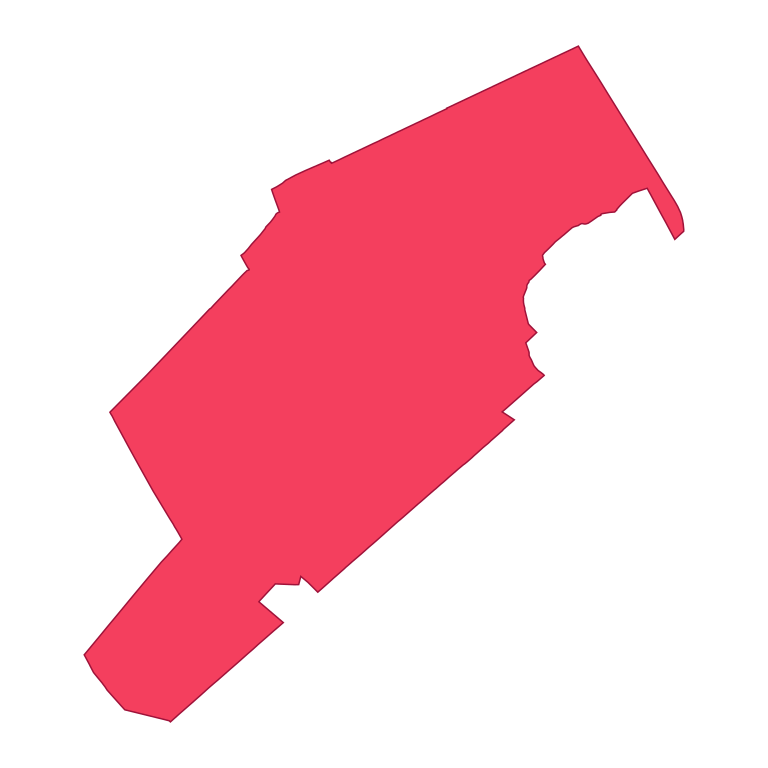 the district of Stalpu, Buzau, Romania
{"feature_id": "2599482B31548531217148", "entity_name": "Stalpu", "entity_type": "district", "adm_level": 2, "iso_a3": "ROU", "parent_name": "Romania", "parent_adm1": "Buzau", "projection": "robinson", "projection_center": [26.725, 45.071], "detail": "fine", "context": "isolated", "style": "filled", "palette": "rose", "viewbox_px": 768, "rotation_deg": 0, "n_neighbors": 0, "source": "geoboundaries", "source_scale": "gbopen_adm2", "svg_char_len": 4807}
<svg xmlns="http://www.w3.org/2000/svg" viewBox="0 0 768 768"><path d="M170.4,721.9L176.9,716.1L179.0,714.2L184.6,709.3L194.1,701.0L196.9,698.5L201.0,694.9L208.8,687.8L213.9,683.4L218.6,679.4L229.4,669.9L237.0,663.3L248.0,653.5L253.0,649.2L257.9,644.7L264.8,638.7L273.8,630.8L278.6,626.7L283.3,622.6L258.9,601.8L260.0,600.4L275.3,583.9L295.0,584.7L298.7,584.6L300.8,576.4L307.9,582.3L317.8,592.2L318.6,591.5L328.2,583.0L333.6,578.1L336.4,575.7L338.9,573.5L341.5,571.2L343.8,569.2L346.1,567.0L347.9,565.5L352.2,561.7L355.7,558.7L361.1,554.1L368.7,547.3L374.2,542.6L377.4,539.8L397.8,521.6L401.1,518.9L417.8,504.2L421.6,501.0L426.8,496.4L430.6,493.1L432.5,491.5L434.3,489.9L435.8,488.7L437.0,487.6L438.7,486.1L441.2,483.9L443.4,482.1L447.0,478.9L448.3,477.7L449.9,476.3L452.7,473.9L455.6,471.4L458.3,469.0L460.6,467.1L461.9,466.0L463.7,464.5L464.4,464.1L467.0,462.0L471.8,457.8L474.1,455.6L477.3,452.8L479.7,450.6L483.0,447.6L484.2,446.6L485.4,445.6L487.0,444.3L488.1,443.4L489.5,442.1L490.7,440.9L494.6,437.5L500.7,432.1L501.7,431.3L502.9,430.1L503.2,429.6L514.3,419.8L502.2,411.9L507.1,407.6L510.3,404.8L513.8,401.7L518.0,398.0L521.3,395.1L533.7,384.1L537.4,381.3L544.2,375.4L543.6,374.6L541.1,372.6L538.4,370.7L537.7,370.1L535.3,367.4L534.4,366.3L533.9,365.6L532.9,363.4L531.4,359.9L530.2,357.8L529.6,356.7L529.3,355.8L529.1,355.3L529.1,353.8L529.1,352.8L528.9,351.7L526.7,345.4L526.3,344.2L525.8,342.8L536.7,332.5L529.2,324.9L528.3,323.7L524.8,309.7L524.8,308.2L523.9,304.8L523.5,302.4L523.4,299.9L523.5,298.1L523.2,297.2L523.7,295.6L524.6,293.4L525.7,290.6L526.2,289.5L526.5,288.6L526.8,287.8L526.8,287.2L526.8,286.4L526.8,285.9L526.9,285.4L527.2,284.7L527.4,284.2L527.6,283.8L528.1,283.2L528.8,282.2L529.0,281.4L529.2,280.4L530.8,279.3L534.9,275.3L539.6,270.5L545.4,264.3L544.4,263.0L543.6,260.7L542.9,258.3L542.9,257.2L542.5,255.9L542.7,255.0L544.5,252.6L548.2,249.1L553.3,244.0L555.0,242.1L556.4,240.9L559.8,238.2L562.6,235.8L563.9,234.8L568.4,230.9L569.4,230.0L571.3,228.4L571.8,227.9L573.1,227.2L573.6,226.9L575.0,226.5L575.9,226.2L578.4,225.5L579.7,224.5L580.8,223.9L581.7,223.6L582.2,223.6L583.1,223.7L584.1,224.0L585.4,224.0L586.4,223.8L588.2,223.2L591.5,221.0L597.9,216.5L600.8,215.3L600.7,214.5L602.0,213.7L609.7,212.4L614.7,212.0L616.8,209.9L616.7,209.5L619.7,206.0L621.9,203.7L632.4,193.3L633.8,192.8L638.2,191.2L644.3,189.2L647.2,188.3L649.2,192.0L650.5,194.3L654.2,201.2L660.3,212.5L666.4,223.6L674.8,239.4L681.0,233.7L683.7,231.3L683.7,230.6L683.8,230.0L683.4,225.9L683.4,225.7L683.3,224.8L683.3,224.5L682.7,220.9L682.7,220.5L681.8,216.8L681.1,214.5L680.7,213.2L680.4,212.3L679.1,209.6L677.6,206.3L677.4,206.0L675.7,203.0L674.0,200.1L670.9,195.2L662.8,182.2L658.4,174.9L647.2,157.0L640.7,146.5L621.4,115.6L621.3,115.4L619.9,113.2L616.6,107.8L616.4,107.5L607.9,93.8L600.9,82.4L593.8,71.1L587.0,60.4L584.8,56.8L579.2,47.5L578.4,46.1L525.3,71.1L469.0,97.7L446.7,108.2L446.9,108.7L444.9,109.6L442.0,111.0L439.6,112.1L436.8,113.4L431.3,116.1L427.5,117.9L423.4,119.8L421.0,121.0L417.8,122.5L415.8,123.4L414.0,124.3L411.0,125.7L409.1,126.6L405.7,128.2L400.7,130.6L398.0,131.8L394.6,133.5L392.2,134.6L390.0,135.7L384.8,138.1L381.9,139.5L378.5,141.2L373.2,143.6L366.9,146.6L359.9,149.9L353.5,152.9L348.9,155.1L344.8,157.0L339.7,159.5L336.7,160.9L333.3,162.5L331.7,163.2L331.4,162.5L331.3,162.4L330.7,162.6L329.2,160.2L323.1,162.9L313.8,166.9L305.5,170.5L295.9,174.9L285.6,180.4L282.5,183.2L276.7,186.8L271.6,189.4L272.6,192.5L274.1,196.8L275.6,201.0L278.0,207.5L279.4,211.5L279.5,212.1L279.0,212.2L277.9,212.7L277.3,213.0L276.7,213.5L276.0,214.1L274.8,216.4L274.1,217.3L272.6,219.4L270.4,222.2L265.9,226.9L265.1,228.7L263.4,230.8L260.5,234.5L258.1,237.2L251.5,244.4L248.3,248.5L244.6,252.6L243.8,253.3L242.9,254.0L241.0,255.4L242.2,257.7L243.3,259.7L244.3,261.5L246.5,265.4L247.5,267.1L248.4,268.4L249.0,269.0L249.2,269.4L249.2,269.7L248.9,270.1L248.5,270.2L248.2,270.2L247.9,270.3L247.6,270.4L247.0,270.6L246.4,271.2L246.1,271.5L245.8,271.8L244.6,272.9L242.3,275.2L240.4,277.2L238.5,279.2L234.7,283.2L231.8,286.3L228.2,289.9L224.5,293.8L220.2,298.3L213.8,305.0L210.8,308.3L209.6,309.0L207.8,310.9L191.5,328.1L185.2,334.7L146.7,375.1L112.0,410.1L109.9,412.2L110.2,412.8L110.5,413.3L111.1,414.4L111.9,415.6L113.1,417.9L114.7,421.2L121.4,433.5L123.6,437.6L124.1,438.4L125.0,440.2L129.5,448.5L134.4,457.4L136.0,460.3L138.8,465.4L147.0,480.1L153.2,491.2L169.6,518.4L173.1,523.9L174.6,526.7L176.1,529.1L177.6,531.6L181.9,539.2L179.2,542.5L175.2,546.9L172.0,550.4L167.4,555.6L161.4,562.0L146.8,579.3L133.3,595.5L117.7,614.4L108.1,625.9L99.9,635.9L84.4,654.6L84.2,654.8L84.7,655.7L89.6,664.8L90.1,665.9L93.6,672.6L98.1,678.1L102.4,683.3L103.0,684.2L105.0,686.8L107.2,690.2L121.7,706.4L124.8,709.8L138.7,713.2L164.7,719.6L169.3,720.8L170.4,721.9Z" fill="#f43f5e" stroke="#9f1239" stroke-width="1.5"/></svg>